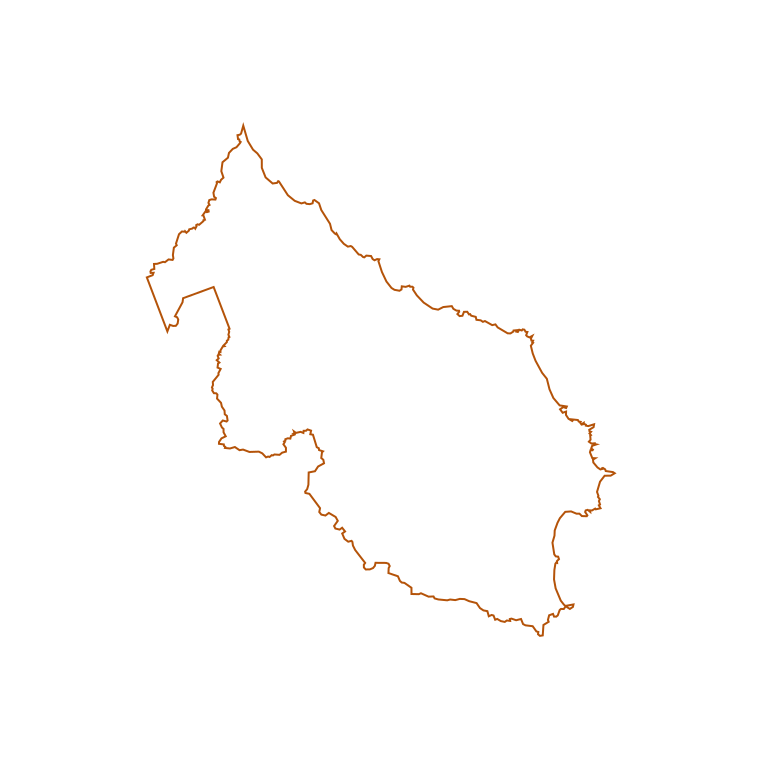 outline of Ahanta West Municipal, Western, Ghana, rotated 249°
{"feature_id": "2480657B81057694902297", "entity_name": "Ahanta West Municipal", "entity_type": "district", "adm_level": 2, "iso_a3": "GHA", "parent_name": "Ghana", "parent_adm1": "Western", "projection": "natural_earth1", "projection_center": [-1.968, 4.851], "detail": "fine", "context": "isolated", "style": "outline", "palette": "amber", "viewbox_px": 768, "rotation_deg": 249, "n_neighbors": 0, "source": "geoboundaries", "source_scale": "gbopen_adm2", "svg_char_len": 6161}
<svg xmlns="http://www.w3.org/2000/svg" viewBox="0 0 768 768"><g transform="rotate(249 384 384)"><path d="M378.6,222.2L374.0,225.4L373.3,228.9L368.8,234.0L365.7,242.9L362.9,245.5L357.8,247.6L357.8,249.8L356.9,251.0L357.8,253.7L357.1,254.7L357.5,256.4L355.3,261.1L356.4,264.3L356.0,268.2L359.6,269.6L363.8,268.5L365.2,270.4L366.2,270.1L366.4,271.6L367.8,272.1L367.8,274.7L366.6,277.0L368.9,278.6L368.8,282.6L369.4,283.1L370.2,282.0L370.4,283.0L371.9,283.0L369.9,284.3L369.2,289.0L367.2,291.2L369.1,292.2L368.3,294.5L369.0,296.3L366.6,299.2L363.5,297.2L362.1,299.5L349.1,298.6L347.4,300.1L345.6,299.7L343.0,302.9L342.4,301.6L337.4,298.9L335.0,300.2L331.5,299.6L330.6,292.9L327.3,288.3L328.4,282.0L317.0,277.3L313.4,274.6L311.8,271.8L310.4,271.6L308.2,275.0L291.0,279.8L287.7,277.7L284.5,278.7L282.2,282.2L283.4,286.3L277.2,291.2L272.8,291.8L269.3,286.5L266.5,286.8L264.0,290.4L264.8,293.4L260.3,294.8L259.4,291.4L253.6,291.6L249.6,294.1L249.2,297.5L247.9,297.9L244.3,297.1L239.3,297.6L223.7,302.3L222.5,300.4L219.9,299.5L217.4,300.5L216.0,304.4L216.1,307.8L217.5,310.3L220.1,312.0L216.2,321.9L214.6,323.8L212.0,324.1L210.5,322.4L205.9,320.4L199.5,328.1L194.5,328.3L192.3,329.4L191.0,331.8L183.9,336.6L178.1,334.4L175.3,341.2L175.4,343.5L169.5,349.4L167.9,354.1L165.7,354.4L163.4,357.5L159.4,365.5L159.1,368.5L156.7,373.1L156.2,377.8L154.3,382.1L150.7,385.7L146.3,391.9L140.4,393.3L137.0,395.7L134.9,399.1L129.6,398.6L129.8,401.7L128.6,403.3L124.1,403.3L124.1,405.5L120.8,408.1L118.6,411.5L119.2,413.9L117.6,416.9L119.5,417.3L119.3,418.9L116.1,422.7L115.5,427.7L110.0,427.8L108.0,429.6L104.6,436.0L98.4,437.6L97.2,439.2L95.2,438.1L93.0,439.3L92.4,442.1L101.9,446.5L103.0,452.5L105.0,452.5L108.9,455.3L108.8,459.4L105.9,459.4L105.1,461.4L105.7,463.3L110.0,467.0L110.6,468.6L109.5,471.2L111.0,473.4L110.8,474.4L107.4,476.9L108.2,480.5L110.3,481.9L111.8,473.8L113.5,472.9L118.4,471.4L131.7,471.0L140.6,472.7L149.3,476.4L154.8,479.6L155.5,480.7L154.9,481.5L156.7,482.0L157.8,484.6L160.4,484.7L161.5,482.6L163.9,481.9L175.5,484.4L181.3,488.8L186.1,490.9L192.3,496.3L195.7,500.1L199.7,507.4L198.0,513.0L194.0,517.2L192.9,520.0L189.8,521.4L187.9,525.9L188.5,526.8L192.4,525.9L193.7,527.0L193.5,529.1L190.7,530.7L192.2,531.1L191.4,532.9L192.0,536.5L191.1,536.8L190.4,541.6L193.8,541.1L194.1,542.5L197.7,542.7L199.1,544.2L201.9,543.3L202.7,544.1L206.9,544.2L215.4,550.7L219.3,557.1L217.2,562.8L218.0,567.4L219.7,566.2L223.3,559.8L225.0,559.9L227.2,558.3L227.2,557.6L226.4,557.8L226.7,555.4L229.6,553.4L235.7,551.3L238.5,552.0L239.0,554.6L240.2,551.9L246.5,551.8L248.2,553.1L247.4,554.9L247.8,555.5L249.6,554.4L251.7,556.2L251.5,560.6L252.3,559.4L253.1,559.6L254.0,556.4L256.7,554.6L258.0,556.9L261.9,558.0L262.1,558.9L264.2,558.1L265.2,560.1L266.2,558.9L267.7,559.2L268.6,564.2L271.1,565.7L271.5,559.6L272.8,557.5L273.6,557.9L275.4,556.3L276.2,556.6L275.8,554.8L275.1,555.3L275.3,553.9L277.5,553.3L278.2,554.0L279.2,552.3L280.9,552.1L283.4,547.2L282.6,547.6L282.0,546.5L285.4,543.8L289.9,542.8L293.0,544.1L293.1,540.5L297.3,539.3L298.2,543.1L296.3,545.4L297.5,546.6L301.1,540.3L310.2,537.1L319.7,536.6L330.5,537.9L337.8,535.6L351.4,533.8L359.2,533.8L367.1,534.8L369.0,537.9L369.6,537.3L371.0,538.7L371.7,537.2L373.7,537.4L375.8,539.7L375.4,536.5L377.2,534.7L378.6,534.2L381.2,536.5L382.0,534.9L384.4,534.5L385.3,533.0L384.6,531.8L386.2,529.7L384.6,527.6L385.5,526.3L386.6,527.4L387.5,524.1L386.6,523.5L385.9,520.2L387.0,517.6L396.1,510.4L399.7,509.4L400.2,506.1L406.6,500.8L406.6,498.6L408.8,497.1L410.8,493.3L413.8,493.7L416.5,489.9L418.4,489.4L418.5,488.3L421.6,487.6L422.7,484.5L419.6,481.7L420.3,478.9L423.0,477.6L424.5,480.1L425.5,480.3L426.5,478.0L429.3,475.7L432.4,475.2L434.6,466.9L434.0,461.2L437.0,456.4L445.8,450.2L455.0,446.4L461.8,444.9L463.4,446.0L464.6,445.4L465.5,443.2L466.7,443.0L466.9,439.1L468.8,435.6L466.0,434.2L465.5,431.9L468.2,427.5L471.0,425.4L478.8,423.0L489.3,422.2L500.7,422.8L502.1,424.3L503.1,422.3L502.9,419.5L504.7,418.2L508.1,417.8L510.2,413.5L509.3,411.0L510.0,410.0L512.9,408.6L514.0,406.8L523.5,403.4L524.7,402.4L525.2,399.5L529.3,396.7L535.0,394.6L541.7,393.6L541.1,392.8L542.1,392.0L546.5,390.2L552.9,391.0L568.9,387.8L576.0,388.1L580.7,385.0L580.7,383.6L578.3,382.1L578.5,379.2L580.0,376.2L581.9,375.2L582.2,371.6L587.0,366.3L594.7,361.9L610.7,358.5L611.3,357.9L610.1,356.2L611.1,351.9L619.3,347.5L629.6,347.4L637.5,350.4L644.7,348.4L649.7,345.7L659.7,343.9L675.6,345.2L669.0,340.3L668.4,338.7L668.8,336.4L664.9,335.5L664.2,336.5L662.1,336.2L661.3,336.9L660.5,335.9L657.9,331.1L657.7,327.1L655.3,322.1L651.2,319.4L648.9,312.7L641.0,308.4L634.2,308.1L633.0,305.0L631.1,303.0L632.8,301.1L632.5,300.1L631.1,299.9L623.7,293.3L619.7,292.5L617.8,293.7L616.6,292.7L618.2,289.1L618.3,286.8L616.0,285.0L613.7,285.3L613.5,283.9L610.8,280.4L610.0,280.1L609.2,282.4L607.8,282.1L607.9,280.2L609.0,279.0L606.4,275.1L606.0,275.8L601.5,275.7L601.6,274.1L600.8,273.8L598.9,268.5L599.9,267.1L599.6,265.6L598.4,265.5L596.7,263.5L597.8,263.3L598.3,262.1L597.8,260.9L598.2,257.6L597.1,256.8L596.0,253.7L598.0,253.0L597.6,252.5L598.8,250.0L597.3,246.3L589.6,240.1L587.8,240.2L586.6,236.7L580.0,233.1L576.7,232.4L575.6,231.1L577.5,227.5L576.2,223.2L577.2,221.6L577.5,215.3L578.5,212.3L573.7,210.8L574.0,207.7L572.8,206.3L571.3,206.0L570.4,208.7L568.5,207.0L568.5,200.8L510.7,200.6L516.0,205.3L513.8,207.9L512.9,210.5L514.4,213.0L517.9,215.0L520.4,214.8L522.1,213.1L532.5,225.2L536.1,227.2L535.6,259.7L490.9,259.6L490.7,258.3L488.2,258.2L485.8,256.4L483.3,256.5L483.2,255.6L481.2,254.5L480.7,252.8L479.4,252.3L477.5,248.1L476.5,248.6L476.8,247.0L474.1,243.5L472.5,242.8L473.2,241.8L471.5,240.6L470.2,241.3L470.6,239.7L469.9,238.8L467.1,238.8L466.2,236.4L463.0,238.0L462.6,236.4L459.0,234.5L456.6,236.9L453.5,233.3L451.9,232.9L447.3,224.9L444.3,224.0L442.4,222.1L440.9,222.3L439.6,221.3L436.4,221.9L435.4,224.1L433.8,224.7L430.2,222.9L424.8,225.1L420.9,224.5L416.4,225.6L412.8,224.5L410.5,225.9L406.0,224.9L405.4,223.6L407.7,220.4L405.9,216.8L401.5,217.1L399.6,218.1L396.4,216.9L391.9,217.5L391.5,212.8L389.0,209.2L387.3,208.5L385.0,212.8L383.5,212.4L382.2,213.3L381.3,212.6L379.0,217.1L378.6,222.2Z" fill="none" stroke="#b45309" stroke-width="2"/></g></svg>